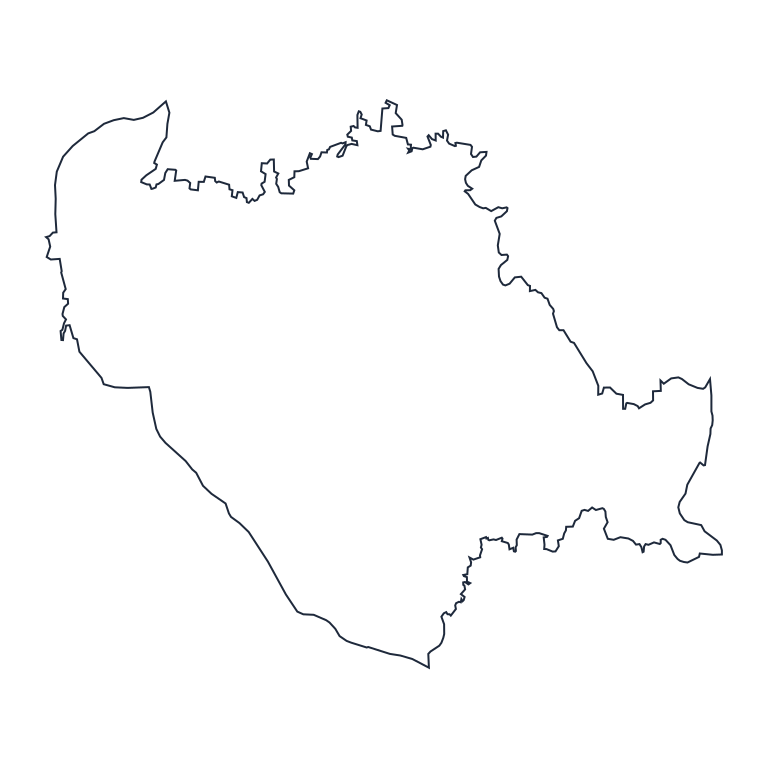 the district of Manikganj, Dhaka, Bangladesh
{"feature_id": "16705992B79131283702140", "entity_name": "Manikganj", "entity_type": "district", "adm_level": 2, "iso_a3": "BGD", "parent_name": "Bangladesh", "parent_adm1": "Dhaka", "projection": "natural_earth1", "projection_center": [89.956, 23.835], "detail": "fine", "context": "isolated", "style": "outline", "palette": "slate", "viewbox_px": 768, "rotation_deg": 0, "n_neighbors": 0, "source": "geoboundaries", "source_scale": "gbopen_adm2", "svg_char_len": 6087}
<svg xmlns="http://www.w3.org/2000/svg" viewBox="0 0 768 768"><path d="M428.7,135.2L427.5,136.5L430.8,145.0L430.4,146.7L422.7,149.3L413.4,147.7L412.4,148.1L411.6,151.3L408.2,152.6L409.3,150.5L408.1,148.8L410.6,149.4L411.0,144.7L407.9,144.4L406.2,137.9L394.7,135.8L392.7,134.5L392.1,126.5L402.3,125.8L402.5,125.0L401.7,119.7L395.7,113.1L397.0,105.0L386.8,100.3L385.6,102.8L389.7,105.2L388.4,108.1L382.4,108.5L380.6,130.9L377.8,131.3L371.0,129.6L369.8,126.3L365.9,124.9L366.6,120.5L360.5,118.2L361.7,114.5L360.3,111.8L358.8,111.3L357.4,115.0L357.6,127.8L355.0,127.4L353.6,126.0L350.7,126.7L351.1,130.9L347.3,134.6L347.8,136.7L351.8,137.6L352.3,140.4L356.8,141.1L357.4,145.2L351.6,143.9L347.6,145.0L346.4,146.1L342.6,155.7L338.6,157.1L337.2,156.5L337.7,154.5L345.5,144.2L345.6,142.2L342.5,143.4L341.1,142.8L330.1,146.9L328.9,149.4L327.3,149.9L326.9,152.5L321.5,152.3L320.1,156.5L317.9,159.1L310.8,158.8L310.4,157.5L311.9,154.1L309.9,153.2L306.7,161.6L308.1,168.3L298.8,171.2L294.5,171.3L294.3,177.2L288.8,179.9L289.0,185.6L294.3,190.3L293.2,193.6L281.3,193.3L279.7,192.2L278.2,186.9L276.2,183.8L276.9,179.0L276.1,177.5L278.3,173.5L274.1,171.5L273.8,159.5L270.3,159.6L267.1,163.5L261.8,163.2L261.0,171.3L265.6,174.1L264.6,181.8L261.6,183.6L261.3,185.2L264.8,191.9L263.1,194.3L259.6,195.4L257.2,199.8L254.6,200.9L252.4,198.9L248.8,202.8L246.9,202.1L246.5,198.1L244.1,197.1L242.6,192.5L237.8,192.1L236.3,197.9L231.8,196.3L232.5,190.2L229.5,189.3L229.1,184.7L218.8,181.5L216.7,182.5L215.2,181.1L214.8,177.8L205.5,176.5L203.8,181.9L198.7,181.8L197.9,190.3L190.7,189.4L189.5,188.4L190.2,183.0L187.5,180.6L185.0,179.9L174.7,180.8L176.2,170.5L175.4,169.8L167.7,169.2L165.3,173.0L164.0,179.9L158.4,184.0L156.5,184.4L155.7,187.5L152.6,188.7L151.4,188.9L149.7,184.5L146.8,184.4L141.2,182.1L141.5,179.7L146.3,175.3L155.7,168.9L156.9,164.6L154.2,163.0L154.5,161.6L162.7,142.3L166.4,137.4L167.4,123.9L169.4,112.7L165.9,101.4L153.3,112.5L143.0,117.8L133.8,119.9L123.8,118.1L113.7,120.2L104.0,123.8L94.3,131.2L88.2,133.4L72.7,146.0L63.1,156.7L56.8,171.6L55.0,185.1L55.7,198.8L55.3,214.1L56.5,232.3L52.9,232.6L49.6,236.1L46.1,237.1L48.6,239.3L50.2,246.6L46.7,257.0L50.8,259.5L59.7,258.9L61.7,271.2L61.2,272.5L65.7,289.1L63.2,292.7L63.0,298.5L67.8,299.1L68.1,303.7L64.3,307.1L62.5,314.0L62.8,316.0L66.0,319.4L64.0,323.3L62.4,329.8L60.6,331.0L61.4,340.0L63.0,340.1L63.6,333.4L65.1,330.9L66.1,325.6L69.6,325.2L73.4,338.1L77.0,339.3L79.4,351.7L101.5,377.9L103.7,384.2L114.8,387.3L127.7,387.9L148.9,387.1L150.3,391.8L152.7,412.6L156.3,428.9L160.1,436.6L165.5,442.9L185.7,461.1L192.2,469.4L196.2,472.8L203.0,485.8L211.5,493.8L225.6,503.5L228.9,513.4L231.0,516.9L239.5,523.1L248.7,532.0L267.9,561.6L285.9,594.5L297.3,611.6L303.3,614.3L313.7,614.8L326.2,620.2L329.5,622.5L335.3,628.8L339.6,636.1L346.6,640.9L351.3,642.7L366.7,647.5L368.2,647.0L389.9,653.9L400.3,655.5L412.3,659.0L428.9,667.7L428.3,653.9L430.5,651.5L439.3,645.7L441.4,642.8L443.3,637.8L444.2,634.0L444.1,624.2L441.4,616.7L443.8,613.3L446.2,612.1L447.5,614.2L449.6,614.3L450.8,615.6L455.9,609.0L455.2,605.4L456.1,603.2L458.9,601.8L460.8,602.3L461.4,599.1L462.6,601.2L463.7,600.1L464.6,597.0L460.9,594.1L465.1,589.4L464.4,585.6L463.3,584.9L463.2,582.4L465.0,582.0L468.4,584.4L470.2,583.1L467.0,581.6L466.9,577.1L463.9,576.1L463.3,575.0L467.3,574.2L467.8,567.4L470.7,565.6L471.1,562.3L469.5,557.5L473.4,559.6L480.2,557.3L480.0,555.3L482.1,549.2L480.9,547.5L481.6,544.8L480.4,539.2L486.0,537.1L486.4,538.5L487.9,537.9L488.3,539.8L489.3,540.3L493.5,539.4L496.0,540.0L501.8,537.7L502.5,538.6L501.8,541.2L507.8,543.0L508.8,544.5L509.5,549.3L513.2,547.8L513.9,551.3L515.2,551.7L515.9,551.0L515.6,547.3L516.8,545.2L516.6,539.6L519.4,534.1L532.3,534.6L536.2,533.1L539.1,533.1L547.6,535.9L547.0,536.9L543.7,537.4L544.5,544.7L544.2,549.0L546.5,549.1L552.7,551.6L555.5,551.4L558.8,546.2L557.9,540.4L562.8,538.8L564.2,533.4L565.9,530.4L566.2,526.8L572.8,526.6L575.1,520.8L579.1,518.2L581.7,510.8L584.5,509.9L588.1,510.9L592.1,507.5L595.9,510.0L602.4,508.2L603.8,508.9L605.4,511.5L605.8,517.0L607.6,522.2L603.9,528.7L607.8,538.8L613.7,539.8L620.4,537.2L628.4,538.5L633.0,540.9L636.0,544.6L639.5,544.1L641.4,547.2L642.6,552.2L643.6,551.7L644.1,546.5L645.6,544.1L648.5,544.8L654.0,542.4L659.8,544.0L660.7,543.1L660.7,539.8L662.6,538.8L665.5,539.8L670.5,545.2L674.3,555.0L677.6,559.0L680.0,560.8L683.9,562.0L687.5,562.5L699.0,556.9L699.8,553.5L712.8,554.8L721.9,554.5L721.9,550.4L720.4,544.9L716.8,540.5L704.6,531.3L701.2,525.1L687.7,522.2L684.3,520.1L679.8,513.4L678.3,507.3L679.7,501.9L685.5,493.6L687.3,484.7L699.5,462.9L700.1,462.5L703.6,465.4L705.0,465.1L707.6,446.4L710.4,434.0L710.6,428.5L712.2,425.1L712.7,420.4L712.5,415.6L711.4,411.4L711.4,395.4L710.0,379.1L705.2,387.4L703.1,388.8L697.5,387.9L688.7,384.3L681.9,379.0L678.4,377.4L671.2,378.4L663.8,383.7L660.5,380.5L660.8,390.9L653.0,391.3L653.1,400.4L650.5,402.8L645.1,404.4L639.0,408.3L637.7,406.1L633.8,404.1L627.1,402.9L626.3,403.4L625.2,408.8L623.1,408.8L623.0,394.9L616.4,393.7L610.0,387.5L603.9,387.6L602.2,393.5L598.2,394.7L598.3,385.8L592.7,371.3L586.5,363.2L574.0,342.9L570.6,341.7L563.5,330.2L559.3,330.2L557.0,327.3L553.0,313.7L553.9,311.1L553.2,308.9L549.7,304.9L547.5,298.7L544.6,297.7L541.4,293.1L538.0,292.3L535.4,289.9L529.9,291.1L530.0,285.9L527.8,285.1L521.2,276.7L514.8,277.4L509.6,283.7L505.4,285.4L503.0,284.6L500.5,281.1L499.0,276.6L498.6,268.9L500.9,265.1L507.3,259.9L508.1,256.2L506.9,254.6L501.5,255.0L498.8,252.5L497.8,245.4L499.7,233.9L494.8,220.7L496.4,217.9L501.3,216.4L506.9,211.2L507.5,208.1L506.6,207.4L502.2,208.3L498.3,207.2L491.2,211.1L485.8,207.9L483.1,208.3L479.6,207.0L475.3,204.5L468.1,193.9L464.7,191.3L465.4,190.3L470.2,190.2L472.2,188.7L467.8,185.8L465.9,182.8L465.1,179.2L465.7,175.9L471.7,170.3L479.1,166.9L481.3,160.4L486.0,155.6L486.5,151.9L480.1,152.3L476.4,156.6L473.0,157.0L471.0,154.0L472.0,146.8L470.5,144.9L456.9,142.7L455.4,143.0L455.9,145.8L454.9,146.1L449.1,143.6L447.0,140.6L448.1,134.7L445.9,130.3L443.2,131.1L443.0,137.6L440.9,136.7L438.1,133.7L435.6,133.7L435.7,140.5L432.0,139.1L428.7,135.2Z" fill="none" stroke="#1e293b" stroke-width="2"/></svg>